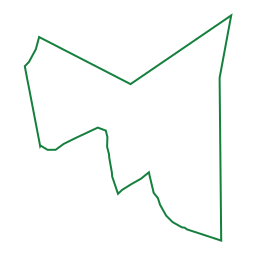 outline of Dubrassay, Castries, Saint Lucia
{"feature_id": "8701671B353408445184", "entity_name": "Dubrassay", "entity_type": "district", "adm_level": 2, "iso_a3": "LCA", "parent_name": "Saint Lucia", "parent_adm1": "Castries", "projection": "equal_earth", "projection_center": [-60.973, 13.984], "detail": "fine", "context": "isolated", "style": "outline", "palette": "green", "viewbox_px": 256, "rotation_deg": 0, "n_neighbors": 0, "source": "geoboundaries", "source_scale": "gbopen_adm2", "svg_char_len": 634}
<svg xmlns="http://www.w3.org/2000/svg" viewBox="0 0 256 256"><path d="M231.2,15.4L181.1,49.6L130.5,84.1L39.6,37.3L39.3,37.1L39.1,37.0L37.6,42.7L35.8,49.3L31.9,56.5L29.0,61.9L24.8,66.2L27.1,78.5L28.7,86.5L35.5,121.8L40.2,146.3L40.6,145.6L47.5,149.8L55.6,149.8L63.7,143.9L75.8,137.9L97.8,127.6L105.8,130.6L107.4,137.1L107.1,146.9L109.0,154.2L109.3,158.1L111.9,172.7L112.2,176.6L118.0,193.8L122.1,189.9L131.7,183.9L141.0,178.7L148.9,172.3L149.6,175.7L153.7,192.9L157.9,198.1L160.1,204.9L166.2,215.7L172.6,222.1L181.8,227.3L184.7,227.7L187.0,229.4L221.2,240.6L219.6,77.9L231.2,15.4Z" fill="none" stroke="#15803d" stroke-width="2"/></svg>